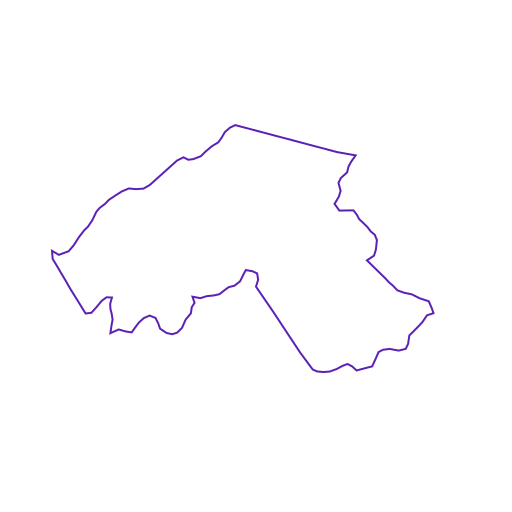 outline of Barro Preto, Bahia, Brazil, rotated 207°
{"feature_id": "56859067B30588354925121", "entity_name": "Barro Preto", "entity_type": "district", "adm_level": 2, "iso_a3": "BRA", "parent_name": "Brazil", "parent_adm1": "Bahia", "projection": "orthographic", "projection_center": [-39.447, -14.775], "detail": "fine", "context": "isolated", "style": "outline", "palette": "violet", "viewbox_px": 512, "rotation_deg": 207, "n_neighbors": 0, "source": "geoboundaries", "source_scale": "gbopen_adm2", "svg_char_len": 1821}
<svg xmlns="http://www.w3.org/2000/svg" viewBox="0 0 512 512"><g transform="rotate(207 256 256)"><path d="M440.1,168.0L435.8,161.0L430.8,158.0L423.9,153.6L413.8,147.2L407.1,142.8L381.7,127.4L376.9,130.7L375.0,137.6L373.2,145.8L370.5,151.3L365.5,153.6L364.2,147.1L361.7,142.8L358.3,138.9L354.9,134.2L353.3,128.8L350.7,121.1L345.0,128.2L337.8,129.6L332.1,131.5L331.2,137.5L330.2,143.3L327.8,149.7L323.8,154.6L317.4,155.2L312.4,151.5L308.5,147.7L300.7,146.8L295.1,148.3L291.4,152.0L289.3,158.4L289.8,167.4L288.0,175.4L290.0,181.2L289.5,186.4L294.1,190.9L286.4,193.2L281.6,197.9L275.8,201.6L271.2,205.4L268.6,211.1L266.2,215.8L261.7,219.8L258.7,226.2L258.8,233.3L258.7,238.8L252.4,240.8L247.1,241.0L243.3,235.8L242.1,228.7L214.4,213.6L193.1,201.5L172.8,190.0L153.9,180.6L149.1,180.9L143.5,183.1L138.0,186.4L132.9,191.8L129.0,197.4L125.5,201.3L120.4,201.3L114.4,199.7L107.7,205.7L102.4,210.4L102.7,218.1L103.2,226.0L100.3,230.1L94.7,233.9L85.9,236.5L80.4,241.3L80.6,246.8L83.3,254.8L80.1,264.6L77.8,272.3L76.7,280.8L71.9,285.6L75.7,289.3L81.5,294.1L91.1,292.6L99.6,292.6L107.4,290.5L114.4,289.6L120.8,291.8L125.5,292.9L130.6,294.8L155.2,302.5L151.0,309.9L152.1,316.2L155.5,325.1L159.8,328.8L165.0,330.0L169.9,332.4L176.0,334.3L180.8,335.7L184.8,338.5L189.8,340.9L196.2,337.6L202.3,334.3L209.7,338.1L209.1,346.5L210.2,352.5L215.7,358.6L215.8,364.0L212.8,371.9L214.2,377.9L214.0,383.3L212.9,390.9L230.9,385.4L333.9,363.2L337.5,358.5L340.0,352.2L340.3,346.2L341.2,340.2L345.2,333.7L348.2,326.6L350.5,319.8L355.9,313.8L360.1,311.0L365.4,311.0L369.7,305.2L382.9,271.0L386.9,264.9L393.3,261.1L400.0,258.4L404.9,252.6L408.8,246.0L412.5,239.4L414.2,233.9L417.1,227.9L418.3,223.0L418.1,213.7L419.0,206.0L420.7,201.0L422.3,192.7L423.3,182.7L425.1,175.2L432.2,167.5L440.1,168.0Z" fill="none" stroke="#5b21b6" stroke-width="2"/></g></svg>